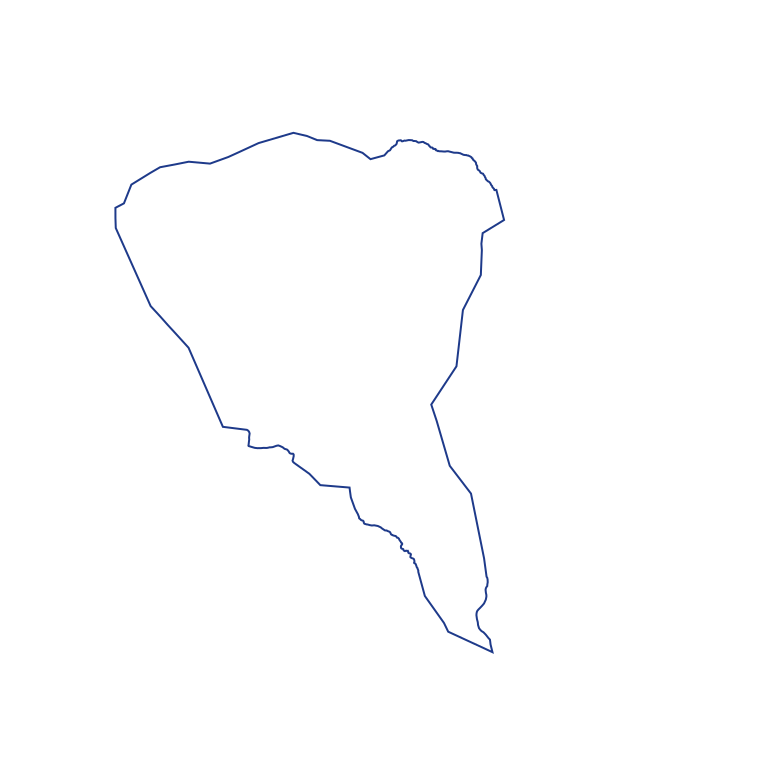 Bayangovi, Bayanhongor, Mongolia (Mercator projection), rotated 336°
{"feature_id": "93677404B31691504211016", "entity_name": "Bayangovi", "entity_type": "district", "adm_level": 2, "iso_a3": "MNG", "parent_name": "Mongolia", "parent_adm1": "Bayanhongor", "projection": "mercator", "projection_center": [100.136, 44.533], "detail": "fine", "context": "isolated", "style": "outline", "palette": "blue", "viewbox_px": 768, "rotation_deg": 336, "n_neighbors": 0, "source": "geoboundaries", "source_scale": "gbopen_adm2", "svg_char_len": 3954}
<svg xmlns="http://www.w3.org/2000/svg" viewBox="0 0 768 768"><g transform="rotate(336 384 384)"><path d="M202.5,217.9L207.0,231.2L210.4,241.9L214.4,253.8L220.2,271.4L219.4,357.6L240.1,370.1L240.8,371.1L241.1,371.9L241.3,373.0L241.1,374.6L239.7,376.8L238.9,378.2L238.3,379.9L237.3,381.5L235.8,384.1L235.1,385.1L235.1,385.6L236.7,387.0L238.1,388.2L240.0,389.8L242.4,391.2L245.7,392.6L248.1,393.4L249.9,394.3L251.1,394.8L252.4,395.1L254.0,395.4L254.8,395.8L256.7,396.4L260.6,396.7L262.4,397.1L263.8,398.4L265.7,400.6L266.8,402.8L267.9,403.7L268.9,404.7L269.5,406.7L269.7,408.6L270.2,409.4L271.1,410.1L271.9,410.4L272.5,410.7L272.8,411.6L272.2,413.1L270.5,415.4L269.3,416.8L269.2,418.0L269.9,419.7L279.3,435.7L284.7,450.5L310.4,464.6L309.3,468.2L307.6,474.1L306.7,486.2L306.9,488.7L307.0,490.0L307.2,492.4L307.1,493.8L307.1,494.9L306.7,496.7L307.3,497.7L307.7,498.9L308.3,499.6L309.2,500.3L309.5,501.2L309.1,502.6L309.3,503.7L311.0,505.2L311.9,505.7L313.7,507.2L315.3,508.3L317.6,509.1L318.6,509.8L320.6,511.2L322.7,513.6L323.4,515.1L325.3,518.1L326.0,518.5L326.9,518.9L327.3,519.6L328.9,521.2L329.3,522.0L329.3,524.0L329.6,524.8L330.2,525.2L330.6,525.9L331.9,527.0L332.8,527.6L333.2,528.4L333.3,529.5L334.2,530.2L334.7,531.3L334.7,532.7L335.0,534.2L335.2,534.9L335.1,535.8L335.7,536.8L335.6,537.5L335.2,538.0L334.0,538.5L333.2,539.6L333.1,540.2L332.9,540.6L333.1,541.5L333.8,542.1L334.4,542.7L334.3,543.9L334.6,544.6L335.2,545.2L336.2,545.2L336.8,545.5L337.3,546.1L337.9,546.1L338.0,546.7L337.6,548.0L338.0,548.8L338.9,549.4L339.3,550.1L339.2,550.8L338.0,552.2L337.7,553.0L338.0,553.6L338.6,554.4L339.7,555.4L340.1,556.2L340.0,557.1L339.7,558.4L338.8,559.5L338.8,560.0L339.6,560.8L339.7,561.8L339.6,563.0L339.4,565.0L339.7,565.7L339.5,566.9L339.5,568.2L338.9,569.6L335.1,594.3L341.6,626.7L341.9,636.4L374.0,673.1L375.4,665.3L376.3,662.4L376.8,660.6L376.1,658.6L375.0,654.3L373.9,651.3L372.6,649.4L371.9,647.5L371.5,645.7L371.9,642.4L372.8,639.7L373.3,636.6L374.4,632.8L375.3,631.1L376.2,629.9L377.0,629.2L378.6,628.4L380.7,627.6L383.6,626.4L386.1,625.2L389.3,622.4L391.0,620.0L391.7,618.4L392.2,616.1L393.1,613.3L394.0,612.0L395.1,611.1L396.1,610.6L396.9,609.1L398.1,607.3L399.1,604.8L399.5,602.9L399.3,601.8L404.5,584.0L418.9,519.5L410.8,485.5L417.1,439.2L418.8,422.0L457.4,397.3L486.2,348.5L506.9,331.8L516.8,323.8L527.9,301.4L530.0,295.5L535.5,286.3L560.4,283.0L565.6,252.4L563.8,251.8L563.7,251.3L563.9,250.6L563.7,249.9L563.4,249.2L563.1,248.2L563.3,247.2L562.9,246.0L562.8,243.7L562.5,242.7L562.1,241.8L561.4,241.1L560.3,238.4L560.6,237.3L560.4,236.1L560.5,234.7L560.1,233.5L560.0,232.2L559.0,231.3L558.2,230.3L558.0,228.2L557.4,227.1L556.9,226.3L556.9,225.0L557.4,223.5L557.8,222.9L557.6,221.6L557.6,220.5L558.0,219.4L557.8,218.1L557.4,217.0L556.7,215.7L556.8,215.2L556.5,214.6L556.6,213.8L556.1,213.2L556.1,212.4L555.4,211.3L554.4,210.2L554.0,209.6L553.0,209.1L552.4,208.4L551.3,207.9L549.8,206.9L547.3,204.0L546.8,203.8L545.7,202.9L541.9,201.1L537.2,197.4L535.5,196.8L534.3,196.5L532.9,195.8L531.1,194.8L529.0,193.8L528.5,193.2L527.9,193.1L527.0,191.9L526.6,191.6L526.7,190.9L526.6,190.3L525.8,190.1L525.4,189.5L524.9,189.4L524.5,189.0L524.5,188.0L524.1,187.5L523.0,187.0L522.7,186.5L522.5,185.4L522.2,185.0L522.0,183.9L521.9,183.2L520.6,181.9L520.0,181.0L519.1,180.2L518.5,179.0L517.5,178.4L516.0,178.1L514.7,177.8L513.7,177.5L512.8,176.4L512.3,175.4L510.9,174.5L509.7,174.0L508.9,172.8L507.6,172.1L505.8,171.2L502.6,170.5L501.6,169.9L500.4,169.9L499.3,169.7L498.9,169.4L498.8,168.6L498.3,168.1L497.3,167.8L496.1,167.4L494.7,167.6L493.9,168.8L493.1,169.8L491.4,170.6L490.1,170.5L488.9,171.0L487.7,171.0L486.5,171.6L484.6,172.9L482.3,173.0L477.3,175.3L463.1,173.1L458.4,164.1L433.5,139.8L422.1,134.0L414.5,126.1L403.4,117.7L367.4,112.9L345.7,113.2L334.1,113.3L314.7,111.9L296.0,101.5L282.3,98.4L267.6,94.9L256.5,96.1L234.3,99.1L219.9,113.2L210.3,113.8L206.1,123.3L202.4,132.4L202.5,217.9Z" fill="none" stroke="#1e3a8a" stroke-width="2"/></g></svg>